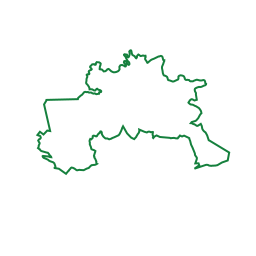 Santiago Xanica, Oaxaca, Mexico, rotated 154°
{"feature_id": "50627088B68084107278536", "entity_name": "Santiago Xanica", "entity_type": "district", "adm_level": 2, "iso_a3": "MEX", "parent_name": "Mexico", "parent_adm1": "Oaxaca", "projection": "robinson", "projection_center": [-96.226, 16.017], "detail": "fine", "context": "isolated", "style": "outline", "palette": "green", "viewbox_px": 256, "rotation_deg": 154, "n_neighbors": 0, "source": "geoboundaries", "source_scale": "gbopen_adm2", "svg_char_len": 5881}
<svg xmlns="http://www.w3.org/2000/svg" viewBox="0 0 256 256"><g transform="rotate(154 128 128)"><path d="M171.6,109.4L171.9,109.8L171.3,111.8L171.1,111.9L171.0,114.4L171.0,115.2L171.2,115.9L171.0,116.9L170.8,117.0L170.8,117.9L168.9,120.0L168.1,120.7L167.4,121.6L168.1,122.8L170.1,124.9L170.1,125.6L169.7,126.9L169.5,130.1L168.7,131.5L168.3,133.2L167.5,134.1L166.7,134.7L166.0,133.9L164.1,134.6L163.3,136.1L162.5,136.3L161.4,135.6L160.5,134.6L160.1,134.6L159.9,134.3L159.6,134.3L157.9,135.4L156.6,136.0L156.2,135.8L155.3,136.1L155.0,136.4L155.0,136.6L154.3,137.0L153.8,136.8L153.5,136.0L153.5,135.6L154.1,134.1L154.2,133.6L154.0,131.6L153.8,130.7L152.9,128.6L152.4,128.2L151.2,127.7L149.9,126.1L147.4,125.7L146.8,125.9L144.6,125.7L139.7,125.6L138.7,126.0L137.9,126.5L135.8,128.1L134.0,129.7L133.3,130.5L131.7,131.7L131.2,123.6L129.4,118.0L127.3,115.3L124.5,116.4L123.8,117.0L123.0,117.4L122.5,117.9L120.5,118.9L120.0,119.3L119.4,120.1L119.1,120.2L118.6,121.7L114.9,117.4L113.0,115.7L112.3,115.8L111.5,115.8L110.6,115.5L109.9,114.9L109.6,114.5L109.2,114.1L108.6,114.0L108.1,113.5L107.6,113.6L107.4,113.4L108.9,111.1L108.9,109.9L109.6,108.4L109.8,108.3L109.7,107.9L107.9,108.7L105.6,108.8L103.2,105.9L94.7,100.8L94.0,100.0L92.8,99.7L92.2,99.4L91.3,99.1L90.5,98.6L89.9,98.0L88.4,97.1L87.9,96.9L87.4,97.1L87.0,97.5L86.7,97.4L84.7,98.5L84.2,98.1L84.0,97.6L83.1,96.7L82.5,96.6L82.1,96.7L80.9,96.5L77.4,92.1L77.7,90.9L77.8,89.1L78.6,85.4L78.6,82.3L79.0,76.4L79.1,75.6L79.5,74.7L79.6,74.0L79.2,71.7L79.2,70.9L79.9,69.8L83.0,66.7L80.1,65.3L80.3,63.3L86.1,62.3L74.2,60.7L73.3,60.4L72.3,59.7L71.6,58.7L69.8,57.5L68.3,57.0L66.2,56.0L63.9,55.4L58.6,55.8L52.6,55.1L47.8,61.6L60.5,81.3L60.8,81.6L60.1,86.6L60.2,89.2L60.3,90.2L60.8,91.0L61.3,92.3L61.6,94.0L61.5,95.0L60.8,97.5L60.8,99.8L64.2,99.4L65.0,99.6L65.6,100.4L66.7,102.3L67.6,102.9L68.4,104.2L69.4,104.8L68.2,105.4L64.4,104.8L63.3,104.9L60.5,106.1L57.9,108.0L56.9,108.6L55.5,109.1L55.0,111.1L55.1,112.9L55.5,114.8L57.3,117.7L58.1,118.5L59.3,120.2L59.7,120.6L61.5,121.8L62.5,123.9L62.5,124.4L61.0,125.2L60.4,125.7L58.5,126.1L57.5,125.5L56.2,123.6L53.8,123.2L52.3,128.3L51.6,129.6L51.7,131.6L51.5,132.5L51.1,133.4L50.6,133.9L49.8,134.1L48.1,134.1L46.1,133.8L45.3,133.2L43.8,132.8L40.9,132.8L40.4,132.6L39.8,132.6L38.8,132.9L38.4,133.5L38.9,134.5L38.4,135.7L38.3,136.5L38.4,137.3L39.3,138.1L40.8,138.4L42.4,139.1L44.9,141.2L45.9,141.4L48.1,141.6L49.0,141.5L49.9,141.8L50.3,142.1L51.3,142.5L51.8,143.1L52.1,144.3L53.5,145.3L54.1,145.4L55.1,146.1L55.4,147.2L55.1,148.3L55.1,149.6L55.3,150.3L56.2,151.3L57.6,152.3L59.0,152.5L59.8,152.3L60.2,152.0L61.0,150.3L61.7,149.7L66.5,149.8L67.5,150.2L69.9,152.7L70.7,153.3L70.9,153.7L70.8,154.5L70.5,156.0L70.5,156.9L71.4,158.4L72.5,159.3L72.8,160.2L72.6,162.1L71.9,164.2L71.3,166.6L70.8,167.8L70.3,168.4L68.3,170.1L67.0,171.5L66.1,172.2L65.8,172.8L66.2,172.8L66.5,173.8L66.0,176.2L65.9,177.1L66.1,177.6L66.6,178.2L67.2,178.5L68.6,178.6L69.2,178.9L74.4,178.9L76.3,179.1L77.9,179.0L81.8,178.0L82.1,178.3L82.1,179.9L82.4,181.7L82.4,182.5L81.7,183.6L81.3,183.7L80.7,184.8L80.6,185.3L81.9,185.8L82.7,186.6L84.0,186.8L85.2,187.2L86.0,188.8L86.5,189.5L87.9,189.0L88.5,188.5L89.2,187.4L90.1,187.1L90.3,187.5L90.5,188.6L90.5,189.5L92.0,191.7L91.9,193.3L91.3,195.4L91.2,196.2L91.4,196.6L91.9,196.7L92.5,196.6L93.3,196.2L93.9,194.1L94.2,193.5L95.9,191.7L96.7,191.4L97.1,191.7L97.2,192.4L96.8,194.4L98.8,195.8L99.4,195.7L99.6,195.3L99.5,194.8L99.0,193.1L99.1,191.2L99.0,189.5L98.7,187.4L98.3,186.9L98.3,186.1L98.4,185.5L98.8,184.7L99.5,184.4L99.8,184.5L100.1,184.9L100.4,185.6L100.6,186.4L100.5,187.2L100.6,188.7L101.1,189.4L101.4,189.6L102.1,189.7L102.7,189.1L103.0,188.5L102.3,185.9L102.5,184.8L103.2,184.4L103.7,184.6L104.3,185.7L105.7,187.3L107.3,187.7L108.8,186.9L109.3,185.9L109.8,184.5L110.8,183.8L112.1,183.4L113.9,183.5L115.2,183.8L116.7,184.5L118.1,186.2L119.2,189.0L119.6,189.6L120.8,189.8L122.2,189.2L123.5,189.0L125.0,189.5L125.7,191.8L126.7,192.7L127.2,192.8L127.5,193.0L127.7,193.4L126.2,195.7L125.1,196.7L124.3,197.9L124.5,198.6L125.2,199.7L126.5,200.4L127.2,200.9L128.1,200.5L128.7,200.0L129.0,199.3L129.3,199.1L129.9,199.2L130.5,199.8L130.6,200.3L132.3,200.9L134.0,200.2L134.4,200.2L135.1,199.8L135.4,199.2L134.8,197.3L134.9,196.7L135.5,196.4L136.8,196.5L138.0,196.4L138.7,195.7L138.8,194.0L139.2,193.5L139.8,193.4L140.4,193.9L141.2,194.1L141.9,193.8L141.9,192.6L142.1,191.9L142.5,191.4L143.2,190.9L143.8,190.2L144.6,188.7L145.7,187.2L146.0,186.3L145.4,184.5L145.1,182.3L145.1,181.2L145.6,179.6L144.9,179.4L143.2,178.4L142.0,176.6L141.1,176.1L139.0,176.9L138.5,176.8L138.2,175.9L137.7,175.4L137.4,174.9L136.6,174.4L136.0,173.4L135.9,173.0L136.1,172.5L136.5,172.2L137.4,172.4L137.8,172.7L138.3,172.7L139.0,171.5L141.7,172.3L142.7,173.7L143.9,174.0L145.0,175.0L145.2,175.7L146.1,176.3L147.1,176.7L147.8,177.2L148.1,177.8L148.6,178.1L149.2,178.2L150.7,179.3L151.7,179.4L154.3,178.2L155.2,177.9L156.0,177.9L159.6,176.9L160.4,175.9L189.0,189.0L189.7,188.2L193.1,186.0L199.3,159.4L201.7,161.1L206.8,159.2L208.8,163.2L212.5,161.4L211.6,160.3L210.8,159.8L210.4,159.1L210.6,157.6L210.8,157.3L211.7,156.8L213.0,156.8L214.2,156.1L214.2,154.5L214.0,153.3L214.3,152.7L216.0,151.3L216.7,150.0L217.7,149.4L217.0,147.9L216.6,147.5L216.6,146.7L216.3,145.9L216.0,145.3L211.9,141.6L210.9,140.9L210.5,139.5L210.4,138.2L209.7,135.9L209.8,135.4L211.0,136.2L211.9,137.2L212.7,137.7L216.7,140.2L217.1,140.1L217.2,139.3L216.9,138.2L214.8,135.8L213.6,134.2L213.4,133.4L212.5,132.2L210.3,130.0L209.7,128.6L210.0,125.7L210.4,124.4L212.1,124.6L208.0,121.7L203.8,114.0L200.6,115.5L199.9,115.6L199.1,116.2L198.1,116.5L196.9,117.1L196.1,117.2L194.9,116.3L194.4,115.5L194.0,115.2L192.8,112.8L192.3,112.3L190.0,111.7L189.1,111.1L186.3,109.5L182.9,109.6L180.8,109.3L179.0,110.0L177.3,110.5L176.9,110.5L176.2,110.2L175.3,110.0L174.5,109.6L173.3,109.3L172.7,109.3L171.6,109.4Z" fill="none" stroke="#15803d" stroke-width="2"/></g></svg>